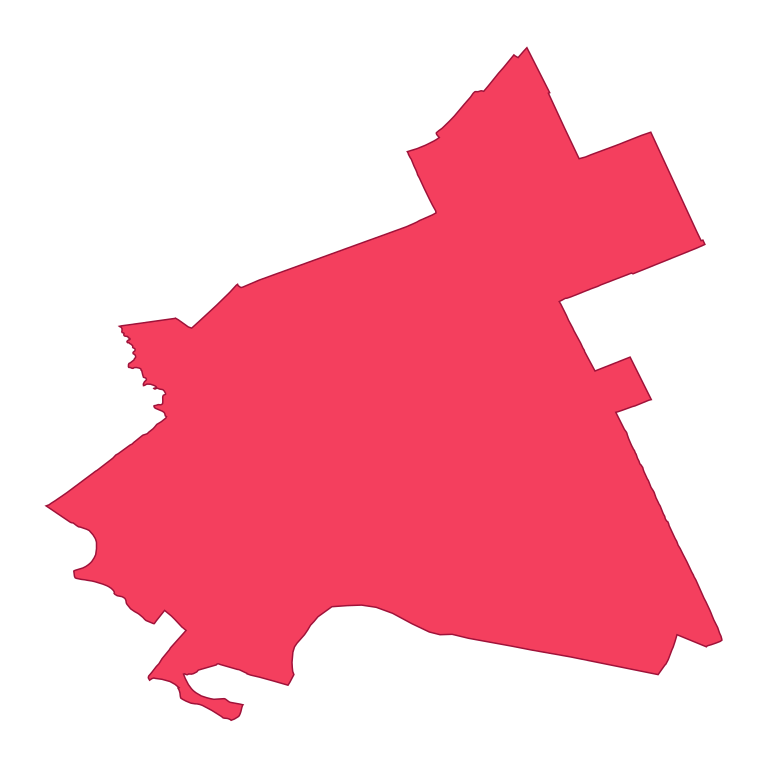 the district of Parscoveni, Olt, Romania
{"feature_id": "2599482B95439392945311", "entity_name": "Parscoveni", "entity_type": "district", "adm_level": 2, "iso_a3": "ROU", "parent_name": "Romania", "parent_adm1": "Olt", "projection": "robinson", "projection_center": [24.206, 44.311], "detail": "fine", "context": "isolated", "style": "filled", "palette": "rose", "viewbox_px": 768, "rotation_deg": 0, "n_neighbors": 0, "source": "geoboundaries", "source_scale": "gbopen_adm2", "svg_char_len": 6071}
<svg xmlns="http://www.w3.org/2000/svg" viewBox="0 0 768 768"><path d="M704.9,244.4L702.9,240.1L701.1,240.7L696.5,231.1L650.8,132.2L641.5,135.4L616.2,145.4L590.8,154.8L585.5,157.0L579.1,158.7L564.6,128.2L548.4,93.2L549.7,92.7L526.9,47.7L523.9,50.9L518.1,57.6L515.1,55.9L513.9,54.9L503.3,67.8L498.6,73.1L487.8,86.5L483.7,91.3L481.6,90.8L480.6,90.9L478.3,91.6L477.5,91.7L475.6,91.6L475.0,91.7L474.1,92.4L473.1,93.4L470.6,97.0L464.4,104.1L454.3,116.1L449.3,121.3L442.2,128.2L438.9,130.6L436.4,132.7L436.3,133.4L436.7,134.5L437.9,136.0L439.3,137.5L436.3,139.6L433.9,141.0L425.3,145.3L416.6,148.8L407.3,151.6L408.1,153.0L408.4,154.2L410.1,157.5L411.3,159.3L414.0,166.0L416.1,170.4L417.2,173.2L417.5,174.5L418.0,175.5L419.4,178.0L424.2,188.4L429.7,199.7L432.5,205.2L435.7,210.9L436.0,212.9L432.4,214.9L419.4,220.6L416.8,222.1L413.8,223.5L406.0,226.9L259.4,280.0L242.8,287.1L241.2,287.5L240.6,287.4L238.1,285.6L237.6,284.3L236.4,285.1L229.9,292.2L216.6,305.2L200.6,320.0L191.7,328.1L188.4,327.0L178.3,319.8L175.4,318.1L174.9,318.4L121.7,325.8L119.4,326.3L120.2,326.9L120.9,326.9L122.0,328.6L122.0,330.5L121.8,331.8L122.2,332.6L123.7,333.0L124.0,333.4L123.8,334.9L124.0,335.4L124.4,335.9L125.3,336.2L127.6,336.5L128.6,338.0L129.7,338.3L130.0,338.8L129.9,339.5L129.4,339.8L128.5,339.9L127.0,341.3L127.0,341.8L127.3,342.4L127.9,342.8L128.8,342.6L129.8,343.6L131.3,344.4L132.7,345.9L132.7,347.4L132.9,347.7L134.6,348.5L134.9,348.9L135.1,349.4L134.9,350.8L133.4,352.0L133.1,352.4L133.0,353.0L133.1,353.4L133.3,353.8L134.3,354.3L135.2,355.2L135.6,356.1L135.6,357.4L135.4,357.8L134.6,358.4L133.9,360.0L130.3,362.8L129.2,363.3L128.9,363.6L128.5,364.5L128.4,366.5L128.6,367.2L128.8,367.4L130.2,367.5L131.8,368.2L132.5,368.3L133.1,368.3L134.3,367.6L136.4,367.5L139.3,368.1L140.7,368.8L140.9,369.2L141.1,370.2L141.6,370.5L141.8,371.0L142.7,374.8L143.5,377.3L145.7,378.0L146.4,379.1L146.4,379.7L146.1,380.2L144.5,381.7L143.6,383.4L143.3,384.1L143.5,385.6L144.5,385.4L146.4,384.3L147.2,384.1L150.4,384.2L151.4,384.5L154.2,385.5L156.1,386.6L156.3,387.0L155.9,387.8L154.1,388.2L153.8,388.4L154.4,388.9L155.5,388.9L156.7,388.2L157.1,388.1L159.7,389.1L162.7,389.6L164.0,390.7L165.4,393.0L165.6,394.1L165.4,394.4L163.4,395.2L162.9,396.2L162.7,397.2L162.8,401.8L162.6,403.6L161.6,404.5L160.7,404.8L158.2,404.6L155.9,405.4L154.1,405.7L154.0,406.7L154.7,407.7L155.4,408.3L162.1,411.1L163.7,412.1L164.2,412.6L164.8,413.7L165.3,415.9L166.5,416.6L165.8,418.1L161.0,421.9L156.8,424.4L154.6,427.1L153.0,428.8L148.6,432.3L147.4,433.6L146.2,434.1L143.0,435.1L142.0,435.8L133.7,442.5L132.2,444.0L130.0,445.1L118.2,453.7L115.8,455.0L112.9,458.1L109.2,461.0L97.0,470.4L95.7,471.1L66.7,492.8L54.9,500.9L51.1,503.3L49.1,504.8L46.1,505.9L70.4,522.3L71.5,522.7L73.3,523.0L76.5,525.5L78.5,526.8L80.4,527.1L86.8,529.3L89.2,530.5L93.0,534.8L95.1,538.2L95.6,539.3L96.4,541.9L96.5,543.0L96.5,548.8L95.7,554.6L94.2,557.8L91.8,561.5L90.4,563.0L88.4,564.7L85.8,566.5L82.8,568.0L75.2,570.3L73.9,570.9L73.8,571.2L74.0,572.6L74.4,575.9L74.6,576.7L75.2,577.8L76.2,578.3L81.4,579.4L84.9,579.8L87.4,580.3L92.0,581.0L94.9,581.7L102.8,584.1L106.8,585.7L108.6,586.6L111.3,588.4L113.3,590.4L114.2,591.8L114.3,592.5L114.1,593.4L114.9,594.3L117.2,595.7L122.2,596.7L124.7,598.2L125.1,598.7L125.9,600.4L126.3,603.0L126.9,604.2L130.6,608.8L134.5,611.5L137.9,613.4L139.3,614.4L142.9,617.4L144.6,619.3L146.0,620.5L153.2,623.5L154.1,623.7L154.4,623.5L156.4,620.7L164.6,610.4L171.5,616.1L174.8,619.4L181.9,627.0L186.1,630.4L170.9,647.4L170.2,648.3L169.5,649.6L162.1,658.6L158.9,663.8L156.3,666.5L151.7,672.5L149.3,675.3L148.7,676.0L148.3,677.4L148.4,678.1L149.6,680.2L151.9,678.6L153.9,678.0L155.3,678.4L162.0,679.3L169.9,681.5L171.2,682.2L175.0,684.3L179.0,687.7L178.0,688.1L179.0,689.9L179.6,691.7L180.0,693.2L180.3,696.2L180.7,698.0L182.4,699.2L186.0,701.1L191.1,703.2L194.9,703.8L197.0,703.9L199.9,704.5L202.4,705.4L211.8,710.4L221.5,716.5L223.1,717.9L224.6,718.2L227.1,718.4L228.3,718.7L230.4,719.6L231.1,720.3L234.5,719.0L238.1,716.8L239.2,715.8L240.2,713.6L240.9,711.5L241.8,707.7L242.5,705.5L243.0,704.8L240.0,704.1L230.6,702.4L229.6,702.1L228.5,701.4L225.3,699.0L224.4,698.7L223.3,698.7L213.9,699.3L210.6,698.7L206.7,697.7L201.2,695.9L196.0,692.8L193.3,690.7L191.4,688.7L188.4,684.6L185.3,678.6L183.5,674.1L184.6,673.8L186.2,674.6L187.4,674.7L188.6,674.0L191.6,674.1L193.5,673.6L196.8,671.9L198.3,670.1L216.3,664.9L217.2,663.9L218.5,663.8L220.3,664.5L237.3,669.4L238.8,669.6L240.1,670.1L247.0,673.4L247.0,673.8L250.7,675.1L259.7,677.2L273.5,681.0L288.0,685.2L289.9,682.2L293.9,674.6L292.7,671.4L292.3,667.6L292.0,662.5L292.9,652.2L294.5,646.9L297.0,643.2L304.5,634.7L307.7,630.0L310.5,625.2L314.0,621.5L317.9,616.8L331.9,606.7L347.4,605.6L361.6,605.1L376.2,607.3L392.6,613.3L411.9,623.7L429.3,632.0L440.0,634.7L452.1,634.3L468.6,638.3L512.0,646.2L532.0,650.1L571.0,657.0L658.1,674.6L664.8,665.2L665.9,664.1L668.3,659.5L671.9,649.9L673.2,647.0L675.1,641.2L677.0,634.7L706.4,646.8L707.3,645.8L711.2,644.7L716.1,643.0L720.2,641.4L721.9,640.2L721.8,639.2L721.0,636.2L719.6,633.2L717.7,627.6L713.8,619.9L712.0,615.5L711.2,613.4L709.8,610.1L705.9,601.8L704.0,598.2L695.9,580.0L693.9,576.5L693.5,575.3L691.7,572.0L686.8,561.6L682.8,553.9L680.2,548.6L678.1,545.2L676.7,541.3L675.1,538.5L669.1,525.6L668.6,523.6L667.7,521.6L666.7,521.1L665.3,518.8L664.7,516.3L663.3,513.8L660.2,506.0L658.8,503.7L658.3,502.5L656.0,497.8L654.1,492.3L653.2,490.7L651.0,487.3L648.3,480.4L647.4,479.1L644.0,471.7L643.3,469.7L642.7,467.4L641.8,466.2L641.3,465.2L640.4,464.5L639.7,463.4L639.0,461.2L637.5,458.3L636.1,454.1L635.4,453.1L634.4,450.5L633.2,448.8L632.8,447.8L632.0,446.4L630.9,444.0L628.6,438.6L627.2,434.5L627.0,433.5L626.5,432.3L624.4,429.4L615.8,412.3L617.5,411.9L621.6,410.5L632.4,406.6L635.0,405.9L648.9,400.2L651.3,399.6L630.1,357.1L595.0,371.0L584.6,351.6L584.3,350.3L582.9,348.0L580.6,343.0L573.9,330.7L572.7,328.0L568.5,320.2L566.5,315.6L560.7,304.0L559.2,301.6L565.4,298.3L566.9,298.2L570.8,296.9L591.0,288.8L597.9,286.3L600.8,284.9L631.4,273.1L633.0,273.8L697.4,247.8L704.9,244.4Z" fill="#f43f5e" stroke="#9f1239" stroke-width="1.5"/></svg>